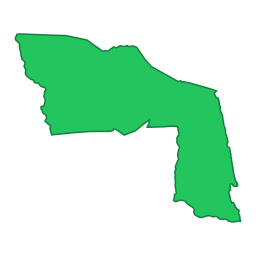 outline of Cansanção, Bahia, Brazil
{"feature_id": "56859067B78734570227472", "entity_name": "Cansanção", "entity_type": "district", "adm_level": 2, "iso_a3": "BRA", "parent_name": "Brazil", "parent_adm1": "Bahia", "projection": "mercator", "projection_center": [-39.43, -10.77], "detail": "fine", "context": "isolated", "style": "filled", "palette": "green", "viewbox_px": 256, "rotation_deg": 0, "n_neighbors": 0, "source": "geoboundaries", "source_scale": "gbopen_adm2", "svg_char_len": 4034}
<svg xmlns="http://www.w3.org/2000/svg" viewBox="0 0 256 256"><path d="M240.6,221.2L239.9,218.8L239.9,216.8L239.6,215.4L238.7,214.1L238.6,212.8L239.0,211.6L239.1,210.3L237.4,209.3L236.1,207.8L235.2,206.9L234.8,205.1L234.0,203.6L233.2,202.5L231.8,202.9L231.1,201.1L230.5,199.9L230.3,198.3L229.8,196.3L229.5,194.9L228.8,193.0L228.9,191.2L230.5,190.1L230.3,188.7L230.2,187.0L229.8,185.2L230.4,184.0L232.2,184.0L233.1,185.7L234.5,186.4L236.0,186.5L237.7,185.7L237.4,183.7L236.8,182.3L236.0,181.2L235.1,179.9L235.0,178.4L234.4,176.5L233.9,174.9L233.7,173.1L233.4,171.7L233.2,170.1L233.0,168.4L232.6,166.4L232.4,165.2L232.0,163.3L231.8,161.8L231.6,160.6L231.5,159.1L231.2,157.7L230.9,156.3L230.9,154.9L230.6,153.6L230.3,152.3L230.0,150.5L229.8,148.6L229.1,147.6L227.5,146.4L226.8,145.2L227.2,143.8L227.9,142.5L227.7,141.0L227.4,139.3L226.9,137.3L226.7,135.9L226.1,134.8L225.7,133.7L225.3,132.1L225.6,130.8L225.3,129.0L224.6,127.0L223.9,125.4L223.8,123.8L223.4,122.2L223.1,119.9L222.7,117.4L222.4,115.2L221.3,113.0L220.7,110.8L219.9,109.3L220.5,108.0L220.4,106.5L219.3,105.3L219.3,103.8L219.1,102.1L218.8,100.4L218.5,99.1L217.9,97.9L216.3,98.0L215.7,96.4L214.6,94.6L214.2,92.9L215.6,91.8L216.5,90.9L209.8,88.7L190.2,83.1L183.7,81.7L182.0,82.1L181.0,80.9L178.8,81.3L177.5,81.2L164.3,73.8L160.1,71.5L151.5,66.7L144.5,58.8L137.1,47.8L135.9,46.9L134.6,46.6L133.4,46.1L132.0,45.9L130.4,46.6L128.6,46.4L127.0,45.5L125.9,46.3L124.4,46.4L123.3,46.2L122.0,46.5L120.7,45.7L119.5,45.9L118.4,47.0L117.2,47.2L116.2,47.8L115.0,47.5L114.0,46.8L112.6,47.4L111.6,48.6L110.4,49.0L108.9,50.6L106.8,51.2L105.6,50.4L104.3,51.0L103.0,51.4L96.5,46.9L86.9,40.0L66.4,35.7L60.9,35.4L52.8,35.2L50.9,35.1L21.1,34.0L17.1,34.2L16.2,36.0L15.4,37.8L15.4,39.4L16.1,40.5L17.7,41.9L18.8,42.9L19.4,43.9L19.5,45.8L19.6,48.2L20.1,50.2L20.7,52.0L20.9,54.3L21.2,56.2L21.7,57.5L21.9,58.8L22.6,59.9L23.9,60.9L25.1,62.3L24.7,64.4L24.2,65.5L24.1,66.6L25.3,68.6L25.7,71.0L25.4,73.1L25.8,74.9L26.9,76.2L28.1,77.2L29.3,78.1L31.1,79.5L33.2,79.9L33.8,81.4L34.7,82.7L36.5,83.0L38.6,83.2L39.6,84.9L40.5,85.8L41.7,86.7L43.1,87.2L44.4,87.4L45.6,88.5L45.8,90.2L44.8,91.1L44.4,92.5L44.5,93.9L44.0,95.2L44.0,97.0L44.9,98.6L45.2,100.2L45.0,101.8L44.6,103.0L44.3,104.6L44.0,106.0L42.7,106.2L41.5,106.5L40.8,107.5L41.1,108.9L42.1,110.3L42.4,111.4L43.0,113.0L44.3,114.0L45.3,114.8L46.3,115.8L46.4,117.3L46.7,118.7L45.6,119.6L45.0,121.3L46.6,122.5L47.7,123.7L48.9,124.6L50.2,125.5L51.0,126.4L50.2,127.5L49.9,128.7L50.6,130.3L50.7,131.9L51.1,133.0L51.7,134.9L73.1,132.7L74.5,132.6L89.9,131.5L96.9,131.4L100.4,131.4L105.5,131.4L107.8,131.4L110.6,131.3L113.3,130.4L113.5,128.7L116.0,129.4L117.7,130.6L118.8,131.3L121.0,132.9L124.1,135.1L135.4,130.8L136.7,129.7L146.0,122.2L149.4,120.1L149.1,122.2L149.0,123.6L148.5,125.0L147.5,125.9L147.2,127.3L162.9,126.8L171.4,126.2L176.6,126.4L177.6,127.4L178.1,128.5L178.1,130.3L178.5,131.7L179.0,133.5L178.8,135.1L177.6,136.3L176.9,138.2L176.9,140.3L177.0,142.6L177.9,144.7L179.2,146.1L179.3,147.8L179.1,149.0L178.5,150.2L178.2,151.4L177.9,152.9L177.7,154.2L177.8,155.9L178.3,157.9L178.7,159.5L177.6,160.6L177.2,161.9L176.6,163.4L175.8,165.4L175.3,167.2L175.9,168.8L175.4,170.1L174.8,171.8L174.8,173.5L175.4,175.5L174.8,177.3L175.0,178.7L175.2,180.0L175.5,181.7L175.2,184.0L175.1,185.7L175.5,187.3L175.7,189.0L176.0,190.8L176.3,192.6L175.8,194.2L174.4,194.5L174.5,196.4L174.0,198.5L173.5,200.3L174.6,201.4L176.3,201.6L177.8,201.0L179.2,200.5L180.9,200.2L182.3,200.4L183.6,200.6L185.0,201.1L185.9,202.3L186.9,203.2L188.4,204.5L189.6,205.3L190.8,206.1L192.0,206.9L193.3,207.8L194.2,209.6L193.8,211.5L194.1,213.1L194.6,214.5L195.6,215.3L196.7,215.8L197.8,216.5L199.4,217.3L200.7,217.4L202.2,217.5L203.8,216.8L205.6,216.3L207.2,215.9L208.4,215.7L209.6,215.8L211.3,216.1L212.9,216.9L214.4,216.5L216.1,216.5L217.8,217.0L218.7,218.5L220.1,219.1L222.0,219.1L223.7,219.5L225.3,218.9L227.1,219.8L228.0,220.8L229.3,221.3L230.7,221.6L231.8,222.0L233.4,221.9L234.7,221.8L235.9,221.6L237.6,221.3L239.1,221.1L240.6,221.2Z" fill="#22c55e" stroke="#15803d" stroke-width="1.5"/></svg>